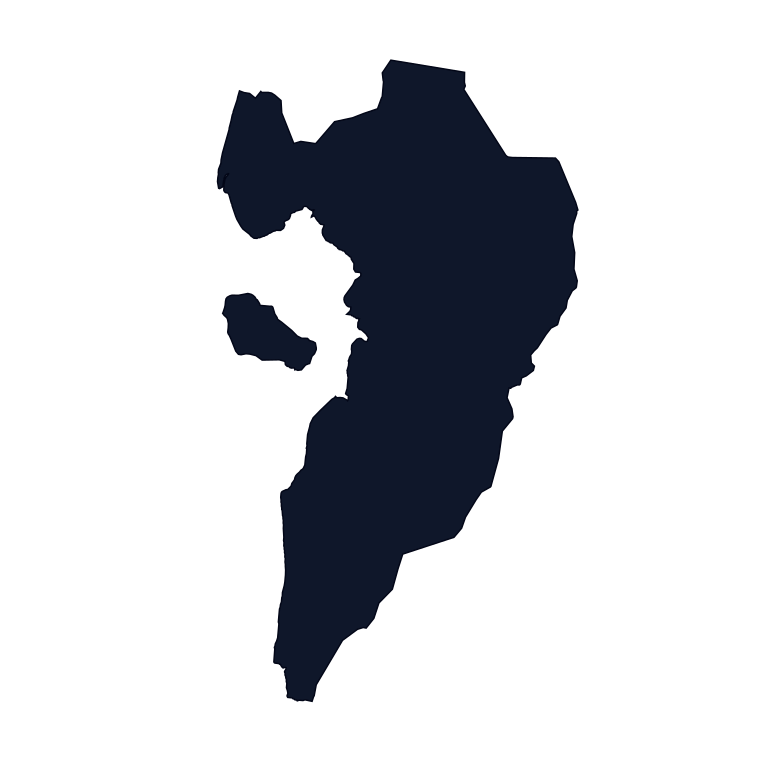 Lelu, Kosrae, Federated States of Micronesia (Equal Earth projection), rotated 185°
{"feature_id": "79324940B37039931365827", "entity_name": "Lelu", "entity_type": "district", "adm_level": 2, "iso_a3": "FSM", "parent_name": "Federated States of Micronesia", "parent_adm1": "Kosrae", "projection": "equal_earth", "projection_center": [163.023, 5.336], "detail": "fine", "context": "isolated", "style": "filled", "palette": "ink", "viewbox_px": 768, "rotation_deg": 185, "n_neighbors": 0, "source": "geoboundaries", "source_scale": "gbopen_adm2", "svg_char_len": 6118}
<svg xmlns="http://www.w3.org/2000/svg" viewBox="0 0 768 768"><g transform="rotate(185 384 384)"><path d="M553.5,663.4L554.7,657.2L555.1,654.0L557.9,642.3L558.0,640.6L558.6,638.8L559.3,632.7L560.5,625.6L560.5,623.9L565.0,600.2L565.8,593.2L565.7,589.7L567.5,583.5L567.5,580.1L567.2,578.6L567.5,575.3L567.5,571.1L565.8,564.6L564.9,564.3L562.1,566.2L561.7,567.5L561.6,571.3L561.1,575.6L560.3,577.8L559.6,578.8L557.7,580.0L557.2,580.0L557.3,579.2L559.6,576.0L560.4,573.0L560.7,569.0L560.5,563.1L559.9,562.0L559.0,561.1L558.2,560.8L556.3,560.8L555.0,559.2L551.9,551.0L551.0,549.5L550.9,548.5L546.4,538.2L544.8,535.1L540.4,528.8L538.1,526.1L530.9,521.4L529.7,520.0L526.3,517.9L523.2,518.0L521.9,518.9L520.6,518.9L517.3,520.6L516.0,520.9L515.4,521.5L513.4,522.4L511.7,524.1L510.6,524.4L507.6,526.5L505.6,527.1L505.0,527.7L500.4,528.0L497.7,530.3L496.7,533.5L497.0,534.7L497.6,535.6L497.6,536.5L496.6,537.9L494.0,539.2L492.7,540.5L491.9,543.5L491.8,545.3L491.4,545.8L489.5,546.9L488.2,547.2L486.9,548.6L481.0,550.7L480.4,551.7L479.9,553.1L479.4,553.7L478.5,554.1L476.5,554.1L475.2,553.2L474.6,552.4L473.9,552.3L473.3,551.5L472.1,551.3L471.8,550.8L471.3,550.6L469.4,551.5L468.7,551.5L468.5,551.3L470.0,549.4L469.4,548.0L470.8,544.9L470.9,543.9L468.5,545.4L467.2,544.5L465.7,542.2L464.0,540.4L463.3,540.1L462.4,538.7L461.5,538.2L461.2,537.7L457.6,537.3L457.7,535.8L458.8,532.2L458.6,528.9L458.2,528.6L458.0,527.2L454.1,521.9L452.4,521.6L452.1,521.1L450.4,520.7L450.2,520.2L449.6,520.0L447.2,519.9L446.2,518.5L442.6,516.4L441.7,515.0L440.7,514.6L440.4,514.1L438.0,513.9L436.8,513.1L435.3,513.1L434.8,512.3L434.2,512.0L433.3,510.6L430.9,509.4L430.7,508.9L429.6,508.5L429.4,508.0L428.3,507.7L427.7,506.8L427.4,505.4L424.4,501.5L424.1,495.8L422.2,493.1L417.8,493.0L417.3,492.8L416.6,491.9L416.6,489.5L419.1,487.0L421.7,485.1L423.7,479.8L430.6,468.4L431.2,466.6L431.2,464.2L430.8,463.8L430.6,462.4L428.0,458.9L426.9,458.6L426.7,458.1L426.1,457.9L423.7,457.7L423.7,455.3L424.3,453.5L427.2,450.2L422.9,450.0L422.4,449.8L422.1,449.3L420.4,449.0L420.1,448.4L418.5,448.1L418.2,447.6L416.9,446.9L415.7,447.4L415.2,447.2L415.1,446.5L414.1,446.6L415.3,442.8L415.1,438.3L413.3,436.3L411.2,436.0L406.4,432.4L403.4,428.7L404.2,426.2L404.2,425.3L404.8,424.8L407.1,424.8L410.7,427.3L412.6,427.3L414.9,426.3L418.9,421.1L419.5,419.6L419.5,415.7L419.0,414.0L419.0,411.4L419.2,410.5L420.2,408.7L420.8,407.0L421.1,405.2L421.5,404.3L421.5,403.6L421.1,403.3L421.0,402.6L421.0,399.1L422.0,394.0L421.7,393.6L421.5,391.4L421.1,391.0L420.8,388.7L420.4,388.4L420.3,387.7L420.3,376.3L421.4,371.2L420.8,370.3L418.4,369.1L418.3,365.8L418.8,364.1L420.1,365.0L423.6,366.6L426.5,366.7L429.8,366.2L431.3,367.4L432.0,366.1L434.6,364.2L445.0,352.3L451.6,344.2L454.0,338.0L454.3,335.0L455.7,327.0L455.7,317.8L455.3,315.7L455.8,313.2L455.4,312.9L455.3,312.2L455.2,307.8L455.7,304.6L455.8,296.4L457.1,292.9L457.8,292.0L459.2,290.9L460.5,288.9L462.6,286.7L463.8,285.0L464.5,283.2L464.9,280.6L467.1,277.0L467.6,274.4L468.1,273.6L470.7,270.5L472.5,270.1L476.0,268.1L476.7,267.2L477.0,266.0L477.0,262.1L476.4,259.4L476.3,257.3L475.8,256.2L475.6,253.4L475.1,251.9L474.9,249.9L474.4,249.2L473.6,244.1L473.1,243.1L472.9,241.1L472.4,239.3L472.3,236.7L471.8,234.9L471.7,231.4L470.4,222.6L470.4,219.2L469.8,217.4L469.7,213.9L469.2,213.0L469.0,210.7L468.5,209.5L468.4,207.3L467.8,206.0L467.7,203.0L467.1,201.6L467.1,198.1L466.5,195.5L466.4,193.8L465.8,190.2L465.5,185.1L465.5,178.1L465.8,174.4L467.0,167.4L466.8,163.9L467.2,162.2L467.2,157.9L467.9,155.2L468.0,152.6L468.5,150.8L468.5,137.7L467.8,135.9L467.8,121.9L468.6,118.4L469.6,115.8L469.8,113.1L470.2,112.3L470.2,111.6L469.8,111.2L469.7,110.5L469.5,97.5L468.9,96.7L468.4,96.5L464.0,96.3L463.7,95.8L462.7,95.5L461.1,93.2L460.1,92.9L459.8,92.3L458.0,93.0L456.8,92.9L456.8,91.3L457.8,89.5L458.0,88.7L457.8,88.0L457.4,87.6L457.2,85.3L456.8,85.0L455.9,81.8L455.5,81.5L455.4,79.0L454.7,77.3L454.7,72.9L453.5,70.1L452.8,67.5L453.4,65.0L453.2,64.3L452.6,63.4L448.2,63.3L447.7,63.1L447.4,62.6L445.7,62.2L445.4,61.7L443.1,61.4L442.8,60.8L441.0,61.6L437.1,61.6L435.2,62.5L428.0,61.6L426.9,66.4L426.4,67.3L425.3,78.5L403.0,125.0L389.1,137.3L383.5,139.6L380.5,139.3L373.7,149.6L370.0,165.4L357.8,180.3L353.9,201.3L350.5,216.2L300.9,237.4L294.1,247.1L291.2,258.5L282.1,276.9L277.6,284.8L269.0,290.7L268.6,291.3L263.4,319.8L262.0,347.4L252.9,360.7L252.6,362.6L254.4,370.4L260.2,381.0L259.1,390.9L257.4,390.8L256.7,391.8L251.2,394.7L249.0,394.9L248.5,395.3L248.2,396.1L247.4,402.1L243.0,404.5L236.4,410.5L235.7,414.9L239.1,417.8L240.4,425.7L237.3,430.1L234.4,433.4L226.9,447.5L222.5,454.3L216.6,458.0L216.2,458.7L214.6,466.8L209.3,475.6L208.7,483.4L204.6,493.2L201.2,496.4L200.8,497.4L200.5,503.7L204.8,515.0L205.5,531.5L209.8,547.3L209.5,559.5L206.9,570.7L207.1,573.2L206.0,574.2L208.9,581.6L229.2,620.6L232.9,624.0L275.8,620.8L279.9,620.9L281.4,621.5L282.7,622.5L330.2,684.5L329.0,688.0L330.2,691.5L330.9,701.5L405.4,707.2L412.8,693.8L411.3,686.4L410.8,685.1L410.8,670.2L411.4,668.8L414.4,657.6L427.6,651.8L438.6,646.4L456.1,641.0L472.7,617.9L473.4,617.5L488.0,618.4L494.8,615.7L509.5,645.1L511.3,657.4L517.9,662.2L521.3,664.0L524.7,664.4L531.3,663.8L532.2,664.7L537.0,657.5L543.2,661.7L548.8,662.1L553.5,663.4ZM548.8,455.1L549.1,452.6L549.1,448.6L549.4,446.2L550.6,441.0L550.9,440.4L549.4,438.6L546.4,436.3L545.5,434.8L544.3,430.6L544.1,426.4L544.2,422.1L543.6,420.5L542.3,418.9L540.3,415.4L534.5,403.8L531.6,400.9L529.0,400.7L524.1,402.1L520.2,402.1L514.0,401.1L507.5,397.2L490.5,399.0L484.6,397.9L483.9,394.7L482.0,393.2L480.3,393.1L479.1,392.1L477.5,391.8L474.8,392.3L474.0,390.4L473.6,390.8L471.0,390.1L467.5,390.9L463.8,396.1L460.7,397.7L459.9,397.9L458.2,405.3L455.9,408.1L454.5,412.3L454.6,414.0L456.0,418.9L458.5,420.1L462.2,420.8L462.9,421.8L464.4,422.8L470.0,422.4L474.6,424.2L480.6,429.3L491.6,436.8L495.2,438.9L495.9,439.7L496.3,440.9L498.9,444.3L501.4,450.7L502.1,451.4L503.2,451.7L504.3,451.5L513.9,451.5L514.6,452.1L515.0,453.3L517.6,456.8L518.6,457.2L520.2,459.4L522.4,461.0L524.2,461.8L527.5,462.3L536.6,459.7L543.2,459.2L545.1,458.5L547.7,456.8L548.8,455.1Z" fill="#0f172a" stroke="#020617" stroke-width="1.5"/></g></svg>